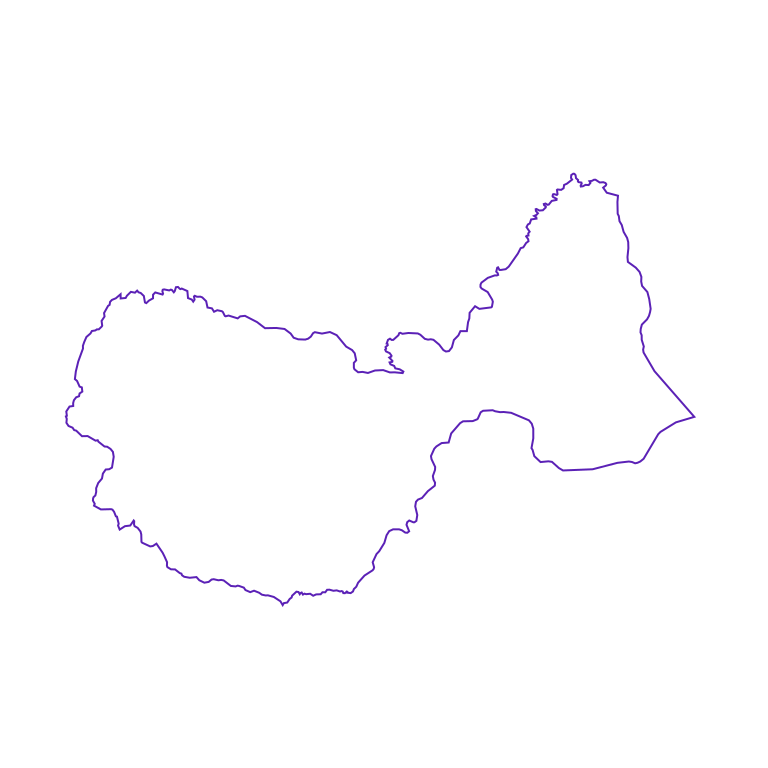 outline of Same, Manufahi, East Timor, rotated 277°
{"feature_id": "22284137B41872156490215", "entity_name": "Same", "entity_type": "district", "adm_level": 2, "iso_a3": "TLS", "parent_name": "East Timor", "parent_adm1": "Manufahi", "projection": "mercator", "projection_center": [125.715, -9.045], "detail": "fine", "context": "isolated", "style": "outline", "palette": "violet", "viewbox_px": 768, "rotation_deg": 277, "n_neighbors": 0, "source": "geoboundaries", "source_scale": "gbopen_adm2", "svg_char_len": 6127}
<svg xmlns="http://www.w3.org/2000/svg" viewBox="0 0 768 768"><g transform="rotate(277 384 384)"><path d="M425.8,307.4L422.1,305.6L419.7,303.1L418.5,300.4L417.9,293.4L418.9,288.7L422.7,285.2L426.5,278.6L426.5,270.3L424.9,259.1L430.0,250.4L434.7,237.7L433.6,233.0L431.3,230.8L433.0,221.4L431.9,218.6L432.2,217.7L435.8,215.3L436.5,214.2L436.9,209.5L435.0,206.5L438.1,204.0L438.4,199.5L444.5,197.4L447.8,193.1L448.3,191.1L447.8,187.7L448.5,185.4L447.7,184.7L444.6,185.7L442.5,184.6L444.4,182.9L445.4,179.0L452.3,177.5L454.1,171.6L453.4,170.6L453.6,169.7L455.2,167.7L454.7,165.7L450.7,165.0L449.4,164.2L451.5,162.0L451.7,160.9L450.7,159.4L451.1,154.2L450.6,152.9L449.2,152.7L446.7,153.7L445.8,153.3L447.0,145.8L444.5,143.9L440.9,144.3L438.2,140.6L435.3,138.2L435.8,136.8L442.1,134.9L444.7,131.4L445.1,129.2L446.6,127.6L444.3,125.7L444.6,121.5L440.3,118.1L437.9,117.1L436.8,112.2L441.0,111.6L436.4,107.4L434.3,103.7L432.1,102.1L429.1,102.0L427.9,100.6L420.3,97.5L416.9,98.4L412.2,96.0L407.5,97.2L406.6,96.8L403.5,94.3L403.2,92.3L402.0,91.0L401.0,87.6L398.4,86.5L394.4,82.9L389.0,81.3L385.2,80.5L382.5,80.9L369.1,77.8L358.9,76.6L351.2,76.6L349.6,79.0L344.3,82.2L343.8,84.5L339.7,85.5L337.5,83.0L334.7,82.8L333.3,80.1L330.1,78.2L327.2,77.8L324.3,78.2L323.3,74.6L318.0,72.0L313.8,73.1L313.1,72.2L310.7,73.4L306.8,73.5L303.9,76.0L302.7,80.2L300.5,82.1L300.2,84.2L295.4,90.6L296.2,96.2L292.6,104.6L293.3,106.7L292.0,107.5L287.9,114.2L288.0,116.9L286.2,120.5L283.6,123.2L278.8,124.6L267.9,124.2L265.9,121.6L265.2,118.2L260.8,115.9L255.8,115.6L250.9,112.4L245.5,111.0L241.8,111.5L238.2,111.1L236.3,109.5L234.9,109.2L232.8,109.3L229.8,111.5L227.9,111.0L225.0,118.3L226.5,128.4L226.2,129.8L224.2,131.7L220.0,134.0L219.8,135.1L213.0,137.7L211.1,137.3L207.3,139.4L211.3,144.2L212.6,149.4L218.0,152.2L217.4,152.8L214.1,153.0L212.5,153.8L211.2,157.0L207.9,160.3L205.1,161.4L197.8,162.5L197.0,163.3L194.3,171.7L195.0,174.3L197.8,177.6L189.6,184.8L186.3,187.0L180.7,190.4L177.1,190.7L175.8,191.4L174.1,195.2L174.5,199.2L171.4,204.4L171.1,206.0L169.5,206.9L168.3,209.2L168.0,214.8L169.5,221.4L166.7,224.6L164.9,229.9L166.2,234.1L168.9,236.7L169.5,238.8L169.0,243.5L169.7,246.3L169.5,248.8L164.9,256.6L165.0,261.4L166.0,263.3L165.9,264.8L164.8,269.7L162.6,271.6L161.1,276.6L163.0,280.2L161.6,285.5L160.0,288.5L159.7,292.4L160.1,294.5L159.2,300.6L155.7,307.7L152.2,310.4L154.3,311.3L155.3,314.6L159.2,316.6L160.8,318.3L162.7,318.6L167.2,322.4L167.1,324.5L165.1,326.0L166.3,326.6L167.0,327.7L165.1,329.2L166.2,330.6L165.9,332.3L166.8,336.3L165.2,339.5L166.9,342.3L167.6,346.8L169.8,348.3L170.1,351.1L172.8,352.6L173.2,354.9L172.6,359.0L173.4,362.2L172.7,365.6L173.3,367.2L173.0,368.3L171.5,369.1L171.6,370.7L173.5,372.4L173.1,373.1L172.4,373.0L172.4,376.4L174.3,378.5L176.8,379.1L179.4,381.2L183.6,382.5L191.5,388.0L197.7,395.4L199.2,396.3L200.9,396.5L205.7,394.5L214.3,397.3L217.4,399.6L226.3,403.7L234.2,405.0L238.6,407.1L240.9,410.8L241.6,416.7L241.0,419.6L239.1,423.2L239.2,425.3L240.9,426.9L247.0,423.5L249.7,423.9L251.6,425.7L250.3,430.0L250.5,431.1L252.1,432.8L258.0,433.0L266.4,429.9L271.0,430.1L273.4,431.8L275.5,435.6L283.0,440.6L289.3,446.8L292.3,446.7L295.1,444.8L298.6,443.7L304.9,445.1L307.9,444.9L315.2,440.3L318.2,439.4L325.9,441.8L328.4,443.6L332.4,448.4L333.8,455.3L343.1,456.7L354.4,464.3L356.6,467.0L358.0,476.6L360.2,480.6L360.9,481.3L367.7,483.4L369.5,485.6L371.2,495.1L370.5,497.6L370.2,502.7L370.8,506.2L370.9,513.7L365.6,532.3L362.6,535.5L357.9,537.6L348.2,538.8L338.3,538.2L336.7,539.5L330.7,542.0L325.6,548.9L327.3,556.6L327.2,560.2L321.9,567.8L320.0,572.2L324.8,601.5L334.2,625.3L336.9,636.5L336.8,639.7L335.9,642.9L336.7,645.2L338.3,647.8L341.4,650.8L367.6,662.3L370.2,664.3L381.5,678.4L389.2,696.0L429.7,650.9L446.9,637.8L449.7,637.0L452.9,637.3L459.3,634.4L463.8,633.8L466.5,632.3L469.9,632.1L474.4,632.7L480.2,637.2L483.9,638.7L487.7,639.3L491.1,639.5L500.6,636.9L507.4,634.2L512.8,628.2L517.0,626.8L521.7,626.4L526.4,624.0L530.2,619.7L534.9,611.2L539.6,610.2L548.6,610.0L554.6,609.1L558.6,607.5L564.2,603.3L570.8,600.6L574.3,597.9L579.3,596.6L581.4,595.2L593.2,593.5L599.4,593.3L601.0,581.8L605.6,577.6L608.1,580.0L609.4,580.3L610.5,579.3L611.0,577.0L610.3,573.6L612.5,569.1L612.3,567.5L611.0,565.7L610.3,563.2L608.8,564.4L606.4,562.9L606.2,559.7L604.5,557.3L604.0,555.3L604.9,555.0L607.0,555.8L608.0,555.4L608.1,552.4L609.0,551.7L610.1,551.8L611.7,549.5L614.6,548.7L615.8,547.4L615.8,546.2L614.2,544.4L611.3,544.5L609.8,545.8L605.1,541.1L603.5,538.5L600.2,538.4L598.3,536.2L598.2,532.5L597.7,532.0L593.6,533.1L592.7,532.5L593.2,529.5L592.8,528.6L591.0,528.4L590.3,528.9L588.8,532.8L587.7,532.8L586.2,528.2L582.2,525.7L581.8,524.6L582.8,522.3L582.1,520.7L581.0,521.1L579.9,523.0L578.9,523.0L575.8,520.5L575.1,517.1L576.3,514.0L576.0,513.3L574.2,513.7L572.2,516.0L570.4,514.7L569.1,512.5L567.9,514.9L566.7,515.2L565.3,510.0L561.1,509.1L559.9,507.4L557.1,506.3L552.9,510.0L551.1,508.8L549.0,509.3L548.4,507.4L547.8,507.1L545.4,509.4L543.3,510.0L541.3,507.9L536.6,505.6L535.5,503.1L529.8,501.0L515.7,493.5L512.8,490.8L511.5,486.3L511.3,484.7L513.7,483.0L513.2,482.2L509.2,481.7L507.8,483.4L506.2,484.0L505.5,482.8L505.3,480.7L502.0,474.1L496.5,468.4L494.5,467.7L492.1,467.9L490.7,469.2L487.9,475.7L480.9,481.1L478.9,482.0L473.8,481.7L473.1,481.0L470.2,469.5L472.3,464.9L465.1,460.3L459.5,460.7L455.6,459.9L446.6,459.8L445.8,453.4L441.3,451.9L436.2,448.0L428.6,446.9L424.6,444.5L423.8,441.5L424.9,438.8L429.8,434.0L433.9,427.7L434.1,425.0L433.4,422.3L433.8,419.0L437.3,414.1L438.3,411.4L437.6,402.0L436.1,396.2L436.8,393.9L436.3,392.9L434.2,392.4L428.9,387.8L428.7,386.2L429.7,384.4L428.3,382.6L424.5,381.7L424.4,382.5L423.0,383.0L420.8,381.0L419.2,381.8L418.2,381.0L416.6,382.0L415.3,385.9L413.0,388.0L412.1,387.9L410.9,386.0L407.9,389.6L407.0,389.5L406.1,386.9L404.3,388.0L403.2,391.9L400.9,393.3L400.5,397.8L398.7,401.7L397.1,401.2L396.9,393.1L396.2,388.5L397.7,381.5L396.3,373.4L393.0,366.7L393.4,361.3L392.5,356.9L395.0,352.9L396.5,352.1L401.3,351.5L404.1,353.5L410.9,351.2L413.8,348.2L416.5,341.9L426.7,331.1L429.0,324.0L426.5,316.3L427.0,309.0L425.8,307.4Z" fill="none" stroke="#5b21b6" stroke-width="2"/></g></svg>